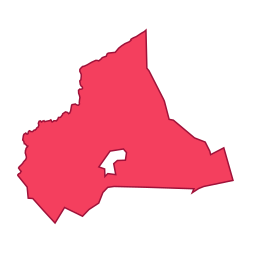 Wise, Virginia, United States of America, rotated 3°
{"feature_id": "52423323B77161668949551", "entity_name": "Wise", "entity_type": "district", "adm_level": 2, "iso_a3": "USA", "parent_name": "United States of America", "parent_adm1": "Virginia", "projection": "equal_earth", "projection_center": [-82.73, 37.001], "detail": "fine", "context": "isolated", "style": "filled", "palette": "rose", "viewbox_px": 256, "rotation_deg": 3, "n_neighbors": 0, "source": "geoboundaries", "source_scale": "gbopen_adm2", "svg_char_len": 2250}
<svg xmlns="http://www.w3.org/2000/svg" viewBox="0 0 256 256"><g transform="rotate(3 128 128)"><path d="M224.7,142.8L211.9,150.3L210.9,146.9L205.8,138.0L194.9,134.4L172.9,117.8L168.6,117.2L162.9,99.3L161.7,97.0L145.9,69.7L143.7,67.3L140.8,29.3L139.2,30.9L136.5,32.6L131.5,36.3L128.6,37.7L126.5,39.1L126.2,39.5L126.4,40.3L124.6,41.9L120.6,43.9L117.3,46.3L114.5,48.8L111.3,53.1L104.6,54.2L104.0,54.5L103.4,54.9L102.4,57.6L100.6,58.2L98.6,59.1L97.2,60.8L95.3,62.5L94.3,62.2L92.4,62.1L88.3,64.2L83.7,67.2L80.6,68.8L79.9,68.7L78.5,69.8L76.9,71.9L76.9,72.3L76.9,73.8L78.5,76.9L78.6,79.0L78.4,82.4L77.6,83.1L77.4,83.6L78.1,87.0L79.0,88.5L79.9,89.1L80.3,89.7L80.5,90.8L79.9,91.5L78.6,91.8L77.9,91.6L76.6,92.9L76.9,95.9L77.8,98.0L78.4,100.2L78.1,102.9L78.0,105.3L78.3,106.5L77.5,107.7L77.4,107.8L76.9,108.0L74.9,107.3L74.2,106.8L70.9,107.6L70.5,108.3L69.8,114.0L68.9,116.3L67.9,116.8L67.4,116.1L66.6,115.6L64.7,115.2L62.0,117.3L61.8,118.4L60.0,120.9L58.0,121.1L57.6,122.5L56.2,124.6L53.7,124.6L53.1,125.1L53.0,125.3L52.0,125.9L51.5,125.7L51.2,125.3L51.0,124.5L50.5,123.9L49.4,124.7L44.5,126.0L43.7,125.1L42.9,125.6L42.3,125.6L41.5,126.5L41.2,126.6L40.2,125.5L39.0,125.8L38.5,126.9L38.2,128.2L38.8,129.8L38.2,131.8L37.0,132.6L36.2,134.1L35.3,135.0L34.7,134.9L34.3,135.1L32.9,136.6L31.2,136.7L30.5,136.2L30.1,136.0L29.6,135.9L28.6,137.3L28.5,138.9L28.1,139.3L27.1,139.3L26.2,138.4L25.5,138.9L25.1,139.3L24.8,139.4L24.5,139.6L24.2,140.2L23.9,141.3L23.8,142.3L23.5,145.3L23.5,145.5L24.6,146.7L25.3,149.2L25.8,149.2L26.2,149.3L27.1,150.2L27.9,151.2L28.9,151.3L28.8,151.9L27.3,153.6L27.1,155.2L26.8,155.7L26.7,158.4L27.1,159.3L27.8,161.4L27.9,161.6L28.1,163.2L27.8,164.0L27.3,165.3L26.6,165.8L26.0,166.7L25.4,167.4L24.7,168.8L22.8,171.0L22.2,171.6L21.3,172.6L20.8,173.7L22.6,176.0L23.6,176.8L22.4,179.0L21.2,179.5L20.4,180.6L20.5,181.2L30.4,192.3L32.0,203.3L36.6,203.4L48.8,215.7L60.1,226.7L68.8,210.7L87.2,218.5L93.3,211.4L102.7,204.5L106.3,193.7L110.9,188.3L117.2,187.1L148.7,186.2L197.0,185.2L195.6,189.2L201.8,184.7L206.8,182.4L235.6,174.8L224.7,142.8ZM100.9,168.4L111.3,152.0L124.6,149.2L127.8,152.7L127.1,160.3L119.1,161.0L115.6,164.4L118.2,175.2L110.2,174.6L107.5,177.6L106.8,170.1L100.9,168.4Z" fill="#f43f5e" stroke="#9f1239" stroke-width="1.5"/></g></svg>